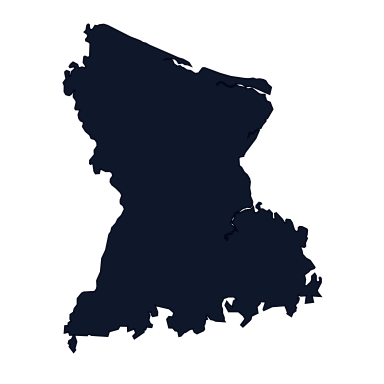 outline of San Félix, Chiriquí, Panama, rotated 182°
{"feature_id": "35544464B1884855613124", "entity_name": "San Félix", "entity_type": "district", "adm_level": 2, "iso_a3": "PAN", "parent_name": "Panama", "parent_adm1": "Chiriquí", "projection": "robinson", "projection_center": [-81.909, 8.256], "detail": "fine", "context": "isolated", "style": "filled", "palette": "ink", "viewbox_px": 384, "rotation_deg": 182, "n_neighbors": 0, "source": "geoboundaries", "source_scale": "gbopen_adm2", "svg_char_len": 5932}
<svg xmlns="http://www.w3.org/2000/svg" viewBox="0 0 384 384"><g transform="rotate(182 192 192)"><path d="M157.1,86.6L152.0,88.6L146.2,88.7L143.6,86.0L145.9,85.2L146.7,84.2L147.6,78.5L150.7,80.6L153.4,83.8L154.9,79.9L151.2,73.8L141.4,74.1L136.3,70.1L134.4,67.0L138.6,60.9L136.4,59.0L129.7,65.6L128.7,67.0L128.2,70.1L122.0,73.3L123.2,79.5L120.1,82.9L119.9,84.8L115.5,85.0L114.7,84.1L116.7,77.1L116.1,76.2L107.8,80.4L95.1,81.8L92.1,74.7L92.7,73.7L88.3,71.1L87.0,74.7L84.1,76.9L84.4,78.2L83.6,80.0L85.0,81.8L83.5,84.6L82.6,84.9L81.5,87.8L81.3,89.5L82.7,89.1L82.2,90.1L82.5,91.6L81.8,92.7L79.5,91.9L74.0,92.5L74.7,84.9L66.8,86.2L68.5,92.5L59.5,92.2L62.6,95.9L63.6,98.1L59.8,106.0L59.9,109.9L60.6,111.0L61.5,111.1L61.8,110.4L61.0,108.5L61.5,107.2L62.4,106.5L64.2,106.6L64.9,108.2L65.0,112.5L66.5,114.9L69.3,112.1L69.2,108.2L70.2,106.0L74.1,102.1L75.6,101.9L76.1,102.9L75.6,108.6L76.9,113.1L72.6,116.4L71.1,118.3L67.1,120.0L66.6,121.0L71.6,127.7L75.6,129.7L79.4,133.6L80.0,136.8L81.4,139.9L80.9,141.4L78.0,140.7L76.7,141.6L77.0,145.1L75.2,149.8L76.5,151.7L75.6,153.2L75.4,158.0L76.0,159.0L80.9,161.1L83.2,161.1L84.3,160.2L84.4,157.0L85.4,156.2L86.9,156.2L88.4,157.7L90.9,164.8L92.9,167.6L96.4,168.0L97.2,167.0L96.9,164.6L98.4,164.3L100.9,168.0L107.1,174.1L108.5,173.4L108.0,168.1L108.7,167.5L109.8,167.6L111.0,169.1L111.1,173.6L114.3,176.8L115.8,175.5L117.2,175.4L120.6,177.4L123.9,177.3L123.6,179.2L124.8,180.9L122.2,182.6L122.9,183.5L124.7,183.9L127.4,180.6L127.3,178.7L125.2,177.5L124.3,176.2L124.6,174.9L126.0,173.8L127.5,173.3L128.9,173.8L130.2,179.4L133.0,176.3L136.0,176.2L136.5,175.4L137.6,176.0L142.5,173.3L147.5,172.1L148.4,170.4L148.8,166.5L150.9,162.5L147.9,160.2L147.3,157.7L145.0,154.6L145.9,154.6L146.9,156.5L148.6,153.9L150.4,153.1L150.7,150.7L153.5,151.2L154.6,150.3L156.9,150.1L157.2,148.7L155.3,148.6L154.5,147.5L154.5,146.4L155.5,145.1L157.2,147.0L158.4,146.6L156.9,147.6L155.3,146.0L155.6,148.0L157.7,148.4L157.5,150.3L154.6,151.4L153.6,152.6L151.3,151.2L150.7,153.5L148.1,156.1L148.7,159.0L151.4,160.0L152.3,161.9L151.5,163.6L151.4,166.1L148.1,172.6L146.8,173.6L144.4,174.3L141.0,177.1L136.3,178.9L133.5,178.5L131.3,180.7L131.2,184.5L133.7,190.2L133.4,192.4L134.7,198.0L134.2,204.0L135.1,207.4L137.5,211.1L140.4,213.4L143.3,218.2L145.7,220.0L146.5,227.5L145.2,228.8L141.7,229.6L141.9,230.4L140.9,231.5L140.5,233.1L130.2,247.8L127.0,256.0L127.8,256.5L130.7,254.9L133.2,252.0L136.3,252.9L136.5,250.0L137.9,248.6L136.9,253.3L136.2,253.7L133.1,253.0L131.3,255.3L125.3,258.3L124.1,261.1L120.6,265.6L121.4,266.9L119.2,268.3L114.2,277.5L117.1,284.3L120.0,285.3L121.1,286.4L122.0,289.4L123.3,290.3L122.3,291.4L122.6,292.0L126.4,291.9L128.6,292.6L135.6,297.6L140.2,296.8L142.2,298.2L148.9,299.2L151.4,300.4L153.0,299.9L155.2,298.1L157.3,297.8L162.2,299.5L166.1,302.3L168.5,302.0L170.2,299.5L170.8,299.8L170.7,301.1L167.4,303.5L163.9,302.3L159.9,299.6L156.8,298.8L151.3,301.8L146.1,301.7L141.7,299.3L138.5,299.7L134.4,299.0L117.8,292.4L116.4,299.4L119.8,302.1L122.3,305.7L124.6,306.7L128.6,307.3L131.8,306.8L134.7,307.8L139.3,307.0L143.4,307.1L157.1,308.6L168.0,311.3L183.7,316.5L185.8,316.3L189.5,311.0L193.1,310.4L197.7,313.2L201.5,313.6L204.9,315.9L206.6,316.2L208.3,317.7L211.0,317.1L214.4,319.2L216.0,322.5L218.0,323.8L222.5,323.6L225.4,322.7L222.7,324.3L214.0,324.6L211.6,322.8L209.8,320.1L205.9,320.7L203.5,319.2L200.8,319.2L197.4,317.9L199.6,321.2L205.7,324.3L209.9,325.3L239.6,337.0L243.4,339.0L246.4,339.6L249.2,341.2L259.2,344.7L282.3,355.4L286.0,356.4L290.4,355.7L292.4,354.6L294.6,355.0L296.8,351.3L298.6,350.4L300.2,351.8L300.6,355.5L301.3,356.0L302.2,355.7L302.9,354.4L303.4,349.9L305.2,348.1L302.4,346.3L301.4,344.8L302.0,342.8L303.5,340.9L303.4,339.5L300.2,338.2L298.9,336.9L298.9,324.2L300.4,322.6L303.8,323.9L304.7,323.3L305.1,317.6L302.6,314.3L303.2,312.0L306.3,313.0L309.6,311.8L310.9,315.4L315.4,317.6L317.8,315.4L319.0,313.0L318.3,312.2L314.1,313.2L313.4,312.4L313.9,310.6L316.7,308.0L317.4,303.6L318.9,303.7L318.9,308.0L321.5,308.9L323.0,307.9L323.2,306.5L321.7,300.8L324.5,296.7L323.2,293.8L323.1,287.7L321.4,285.0L318.0,284.2L316.1,285.7L313.5,289.6L312.6,289.5L313.8,285.4L313.8,282.7L311.1,279.4L310.7,277.6L311.9,271.5L311.3,270.3L307.8,270.3L307.0,269.5L308.4,265.3L307.5,261.5L306.0,259.4L303.1,258.2L302.8,256.3L303.6,253.6L300.5,249.0L296.1,245.4L294.6,242.1L290.9,241.2L288.7,238.2L288.3,234.7L291.1,230.3L290.7,226.0L295.2,220.1L295.2,216.8L294.4,216.2L292.7,217.1L291.7,216.2L290.5,209.2L289.1,207.0L285.4,207.4L284.8,210.9L283.9,211.8L279.0,209.6L274.8,209.8L272.6,208.5L271.6,205.4L273.8,202.2L274.0,199.2L272.3,196.5L268.3,193.6L263.6,189.2L262.4,187.3L262.0,185.7L263.3,181.5L263.2,178.7L262.7,177.6L260.4,176.1L258.8,172.6L261.6,166.2L265.1,162.4L267.0,158.0L270.9,153.4L271.6,149.4L273.4,146.7L276.1,131.0L279.7,122.6L280.5,109.0L284.0,100.2L283.5,94.3L284.0,91.6L285.9,89.0L296.5,88.1L298.4,87.2L299.8,85.5L302.8,81.5L302.6,75.5L305.5,71.4L306.2,67.6L309.4,65.3L309.4,60.7L308.2,59.0L311.0,56.8L311.1,54.0L314.3,53.8L314.6,46.6L310.3,47.8L309.2,44.7L305.8,45.0L305.9,43.4L307.2,40.5L309.7,39.1L310.3,36.2L308.4,35.2L309.2,33.2L304.7,27.6L302.9,30.1L303.7,31.4L302.1,38.3L304.6,45.0L291.7,44.9L290.9,46.2L289.5,46.3L287.6,45.4L271.2,44.9L269.9,49.6L261.1,52.4L259.5,55.6L251.6,55.7L251.3,50.5L244.9,53.2L243.2,49.0L246.0,45.9L244.5,43.3L235.2,50.2L235.1,52.6L233.7,52.7L232.6,55.6L227.6,55.3L227.0,57.7L229.2,59.0L230.8,62.4L229.9,67.0L231.3,70.1L229.0,70.8L228.2,68.0L226.9,66.3L222.3,67.4L222.3,70.9L224.9,77.4L210.6,74.6L205.7,70.6L207.1,66.3L210.7,66.6L212.7,63.9L210.3,55.5L206.4,55.5L204.0,52.8L201.2,52.4L200.0,47.3L198.0,47.8L194.9,51.4L193.6,51.6L189.7,54.4L186.5,55.5L184.7,52.0L182.1,50.6L175.6,53.9L174.8,55.4L175.6,58.8L174.6,60.5L174.0,65.0L172.2,65.5L173.3,67.9L172.6,69.7L168.8,65.3L166.4,65.0L163.9,63.9L154.6,63.6L155.5,64.9L155.5,67.5L157.4,71.9L157.6,76.3L158.9,78.9L158.7,82.5L157.3,85.0L157.1,86.6Z" fill="#0f172a" stroke="#020617" stroke-width="1.5"/></g></svg>